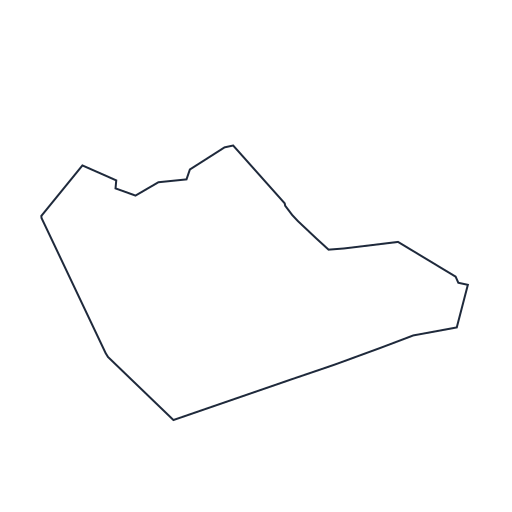 the district of Putnam, West Virginia, United States of America, rotated 254°
{"feature_id": "52423323B57227044271889", "entity_name": "Putnam", "entity_type": "district", "adm_level": 2, "iso_a3": "USA", "parent_name": "United States of America", "parent_adm1": "West Virginia", "projection": "albers", "projection_center": [-81.873, 38.475], "detail": "fine", "context": "isolated", "style": "outline", "palette": "slate", "viewbox_px": 512, "rotation_deg": 254, "n_neighbors": 0, "source": "geoboundaries", "source_scale": "gbopen_adm2", "svg_char_len": 545}
<svg xmlns="http://www.w3.org/2000/svg" viewBox="0 0 512 512"><g transform="rotate(254 256 256)"><path d="M230.4,396.4L239.0,342.6L242.1,327.5L256.1,318.9L277.8,306.0L285.4,302.1L296.3,297.9L298.7,298.1L368.5,264.5L369.1,255.7L357.4,216.3L348.8,210.3L353.8,182.5L347.3,156.8L359.7,139.6L367.2,142.5L390.9,114.1L353.7,60.7L351.6,60.3L334.8,63.1L204.0,84.7L199.7,85.9L121.1,131.4L127.7,256.6L129.9,301.6L133.4,350.5L136.3,385.3L132.0,429.3L169.9,451.7L174.5,443.1L181.1,442.2L230.4,396.4Z" fill="none" stroke="#1e293b" stroke-width="2"/></g></svg>